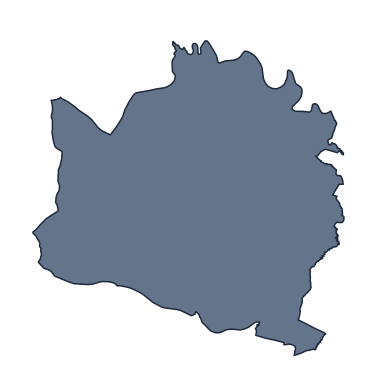 Ban Na Doem, Surat Thani, Thailand (Robinson projection), rotated 96°
{"feature_id": "78962969B23472682189323", "entity_name": "Ban Na Doem", "entity_type": "district", "adm_level": 2, "iso_a3": "THA", "parent_name": "Thailand", "parent_adm1": "Surat Thani", "projection": "robinson", "projection_center": [99.29, 8.896], "detail": "fine", "context": "isolated", "style": "filled", "palette": "slate", "viewbox_px": 384, "rotation_deg": 96, "n_neighbors": 0, "source": "geoboundaries", "source_scale": "gbopen_adm2", "svg_char_len": 5778}
<svg xmlns="http://www.w3.org/2000/svg" viewBox="0 0 384 384"><g transform="rotate(96 192 192)"><path d="M276.5,64.2L274.3,63.6L273.4,64.0L268.9,64.7L268.4,65.1L264.4,65.4L260.5,66.1L258.9,66.1L257.9,66.4L257.3,67.0L256.7,66.9L256.3,66.3L254.3,65.4L253.3,62.9L252.5,62.8L251.5,61.9L250.9,62.0L249.8,61.6L247.8,59.9L247.7,59.1L247.0,58.8L246.8,58.3L245.6,57.5L245.5,56.9L244.1,57.3L244.6,56.1L244.4,55.3L243.3,55.1L242.0,56.1L241.9,54.3L241.2,54.7L240.1,53.4L239.2,53.9L239.0,53.5L238.1,53.8L238.0,52.8L237.3,51.8L235.4,50.3L235.2,49.1L234.0,49.4L234.0,48.6L233.6,48.3L233.4,47.0L232.0,46.1L231.5,43.3L230.3,42.0L228.7,41.5L228.7,40.2L227.5,40.3L226.9,41.0L226.0,40.9L226.4,41.6L225.2,42.1L225.6,42.4L225.4,43.1L224.9,43.0L224.4,42.2L223.2,42.4L223.3,43.6L222.7,44.4L222.4,44.3L222.2,42.5L221.2,43.4L220.7,42.4L220.1,42.9L219.8,42.4L219.5,43.2L218.8,43.2L218.6,43.8L217.9,43.8L217.6,44.4L215.9,44.4L215.2,44.8L214.5,43.7L213.6,43.7L213.1,45.4L212.6,45.3L212.0,45.8L212.0,46.9L211.5,46.9L209.2,46.6L207.6,45.3L207.0,45.2L206.9,40.6L206.4,39.3L204.5,38.2L202.1,38.1L200.6,38.5L199.7,39.7L199.5,40.6L198.0,40.0L197.3,40.5L196.5,40.3L195.3,40.9L194.4,40.6L192.8,41.0L189.8,43.7L188.4,43.7L183.2,48.2L181.2,47.4L180.3,51.8L169.0,46.5L168.4,42.4L163.7,43.7L160.6,45.6L160.2,47.0L160.5,48.9L159.6,50.3L158.8,50.6L154.7,50.9L153.9,52.4L152.0,54.5L151.8,55.7L151.5,56.0L150.3,55.9L150.1,58.5L150.6,59.7L150.0,60.0L149.8,60.8L150.4,61.5L149.9,62.4L150.1,62.9L149.7,63.8L149.2,64.4L148.4,66.9L147.5,66.9L147.3,67.8L146.3,68.9L145.9,70.2L145.2,70.3L144.9,71.1L144.5,71.1L143.6,72.4L143.5,71.7L143.0,71.1L138.3,67.9L135.6,64.2L135.7,62.9L137.7,51.5L135.6,49.8L135.5,49.4L138.7,46.9L139.0,45.4L137.5,45.5L136.9,46.2L135.6,47.2L134.4,49.2L133.7,49.4L133.8,50.0L133.0,51.2L132.9,52.0L132.2,52.0L131.7,52.7L130.6,53.1L129.1,55.1L129.4,56.5L128.3,57.8L129.5,58.7L130.6,58.9L130.4,61.1L127.0,62.3L125.4,61.5L123.9,59.1L123.2,58.6L120.5,58.0L118.7,58.0L115.1,56.7L113.1,56.6L109.1,55.2L105.8,57.0L105.5,58.0L104.0,58.5L97.1,62.4L99.1,65.2L99.9,66.8L100.1,69.9L99.8,71.1L97.9,72.8L92.8,75.9L91.6,77.4L91.4,79.0L91.7,80.3L92.6,81.2L98.4,81.8L99.3,82.3L100.3,83.7L100.2,89.9L100.9,97.7L100.3,99.4L99.1,100.8L97.5,101.2L96.1,100.6L90.2,95.7L86.9,93.8L83.6,93.1L79.9,93.1L78.3,93.6L76.7,94.6L75.6,96.0L73.8,99.4L72.9,100.3L68.5,102.4L65.2,103.6L62.5,105.2L61.1,107.0L60.7,108.6L61.5,109.6L67.6,109.3L73.5,110.8L75.5,111.7L78.1,114.2L80.1,117.7L80.6,119.4L80.6,122.9L79.6,126.0L78.4,128.2L75.3,131.0L71.3,132.9L61.3,135.3L57.7,137.1L52.9,140.9L49.4,144.7L46.9,150.0L46.2,153.3L46.5,154.2L47.7,155.4L52.5,158.1L53.8,159.4L55.7,162.2L56.6,164.3L58.2,172.8L60.5,177.2L60.7,178.2L60.6,179.2L59.9,179.9L54.4,181.7L51.6,183.4L42.2,190.6L40.3,192.7L40.2,194.0L40.7,195.0L47.3,198.4L48.4,198.6L52.1,197.7L53.4,197.8L54.1,198.3L54.2,199.9L53.7,200.4L47.3,201.4L45.0,202.6L44.0,204.3L44.1,205.5L44.5,206.2L45.6,206.9L47.1,207.0L49.0,206.5L50.8,205.5L52.7,205.4L54.4,206.0L55.0,206.6L55.5,207.7L55.3,209.3L54.5,210.9L53.8,211.6L52.8,211.7L51.3,213.6L49.4,214.6L49.4,215.4L51.1,216.2L51.1,216.9L50.1,219.2L47.8,220.6L47.4,221.4L47.2,223.4L45.7,224.6L45.3,225.6L44.5,226.2L44.6,226.7L45.8,226.8L48.5,226.1L49.8,224.2L51.6,223.8L53.1,222.3L53.5,222.3L54.7,223.7L56.5,224.3L56.9,224.2L57.5,223.2L58.4,222.9L62.9,225.2L65.2,225.4L74.4,224.0L77.3,221.2L78.2,220.8L79.8,220.7L83.2,221.3L86.2,223.2L88.4,225.4L91.0,229.6L93.4,238.8L95.7,245.5L99.1,257.6L99.9,259.0L102.1,260.6L108.6,263.9L117.4,267.4L124.2,268.8L126.3,269.6L135.2,274.0L143.7,279.2L141.2,286.3L139.8,289.3L137.8,292.1L130.3,299.6L127.2,304.2L122.6,312.9L119.6,317.3L115.0,325.2L112.9,331.0L111.6,332.5L112.6,333.6L114.4,336.8L115.6,341.6L118.7,340.4L122.2,339.6L126.5,339.3L130.8,339.8L132.4,339.7L135.3,338.3L145.3,337.3L146.9,337.5L155.5,335.3L161.2,333.0L163.6,329.6L164.4,327.1L165.3,325.6L167.6,325.1L169.8,325.4L171.2,324.9L179.6,325.9L184.0,327.2L187.4,326.8L190.1,326.9L192.4,326.5L194.3,326.7L199.4,324.5L202.7,324.2L204.7,324.4L208.4,326.0L211.4,326.6L216.3,326.5L216.8,326.4L218.8,324.9L224.2,323.0L225.2,323.6L233.5,333.9L239.9,339.1L246.1,343.6L248.2,345.8L248.6,345.9L249.4,345.9L252.2,342.5L257.5,338.8L259.0,337.9L261.3,338.1L262.6,337.5L263.0,336.9L264.0,336.3L265.6,336.4L270.5,335.1L271.7,335.6L274.7,335.9L276.9,337.2L278.0,337.4L283.5,331.1L283.9,328.1L284.9,325.1L287.3,322.0L289.7,320.3L290.5,318.2L294.1,305.8L295.5,300.0L295.0,286.5L294.6,283.6L293.7,280.3L291.0,274.0L290.3,271.2L290.0,265.3L290.4,261.4L290.8,259.9L291.7,258.2L293.2,256.5L292.8,255.0L292.8,252.9L293.4,246.3L294.3,241.9L296.2,236.5L298.5,230.7L305.9,219.3L309.5,210.4L310.1,207.2L310.5,193.9L311.1,190.7L315.1,179.6L313.2,176.4L311.1,175.9L310.6,175.4L313.4,172.0L315.2,171.5L316.9,170.1L320.8,168.2L322.9,165.2L327.3,160.2L328.5,158.0L329.3,155.0L329.5,153.5L329.2,150.5L328.5,148.6L325.5,143.5L324.5,140.2L324.2,136.6L324.2,130.0L322.9,125.8L320.7,121.8L315.8,116.5L314.8,114.9L314.4,113.5L314.3,111.4L314.7,111.0L316.2,112.0L317.5,111.4L318.0,112.1L317.2,112.9L317.2,113.3L317.9,113.5L318.8,113.1L321.1,114.6L323.0,113.5L324.9,113.2L326.7,113.6L327.9,113.5L329.8,103.0L330.6,94.8L331.8,87.1L331.8,85.2L332.1,84.6L334.0,84.7L334.2,84.4L334.2,83.5L333.1,79.5L333.4,76.0L334.6,73.7L337.0,72.5L338.8,73.0L343.8,73.2L341.1,67.2L337.8,61.5L337.3,59.2L335.8,55.7L335.7,53.9L336.0,53.1L335.0,52.4L334.0,52.8L333.2,51.8L332.8,51.9L332.2,51.4L331.9,51.8L330.9,51.5L330.6,50.7L329.7,50.9L329.5,49.9L327.9,49.6L328.0,48.7L327.4,49.0L326.9,48.5L326.2,48.5L326.1,47.9L325.7,48.1L325.2,47.8L325.1,48.5L325.0,47.3L322.5,46.7L320.2,45.4L319.3,44.3L318.9,44.5L318.5,45.5L318.3,45.5L317.8,46.7L315.4,53.9L308.0,73.0L303.1,72.0L299.3,71.9L296.7,72.6L295.2,71.8L293.6,71.7L291.5,71.0L288.3,71.0L285.9,71.4L276.5,64.2Z" fill="#64748b" stroke="#1e293b" stroke-width="1.5"/></g></svg>